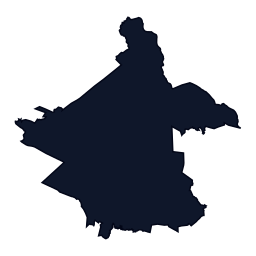 the district of Jala, Nayarit, Mexico
{"feature_id": "50627088B47723743355914", "entity_name": "Jala", "entity_type": "district", "adm_level": 2, "iso_a3": "MEX", "parent_name": "Mexico", "parent_adm1": "Nayarit", "projection": "mercator", "projection_center": [-104.394, 21.203], "detail": "fine", "context": "isolated", "style": "filled", "palette": "ink", "viewbox_px": 256, "rotation_deg": 0, "n_neighbors": 0, "source": "geoboundaries", "source_scale": "gbopen_adm2", "svg_char_len": 5845}
<svg xmlns="http://www.w3.org/2000/svg" viewBox="0 0 256 256"><path d="M108.1,237.5L108.2,237.1L108.6,236.2L108.9,236.1L109.3,234.9L109.2,234.1L109.2,233.3L110.0,233.3L110.2,230.9L109.8,230.6L110.1,230.2L111.0,229.6L112.6,227.7L112.6,227.4L112.4,227.3L112.3,225.8L112.6,224.7L113.2,223.4L113.5,223.5L114.1,225.2L114.2,226.8L114.6,227.1L115.7,226.9L115.4,228.1L116.3,228.1L117.8,228.7L118.1,227.7L118.6,228.0L118.8,228.0L118.9,228.3L119.6,228.1L120.6,228.4L120.7,228.2L119.8,227.9L120.8,228.1L119.9,227.8L120.3,227.1L120.3,225.7L121.8,226.2L121.5,227.3L121.7,227.8L121.1,229.3L121.3,229.3L121.8,227.9L122.1,228.5L122.5,228.8L122.2,229.5L122.4,229.6L122.6,228.9L122.8,229.0L122.6,229.6L125.1,230.1L125.5,230.1L126.7,229.4L127.6,229.5L128.6,230.1L129.7,229.9L129.6,229.5L131.1,229.9L131.4,229.6L131.5,229.2L131.8,228.9L133.3,230.0L132.8,230.6L133.5,231.4L133.4,231.9L134.7,231.6L135.6,231.8L135.8,231.1L137.2,230.9L139.0,229.8L140.7,229.8L141.8,229.9L142.7,231.0L143.1,231.1L143.8,230.9L143.9,230.7L146.9,231.5L147.5,231.8L150.0,232.4L151.5,225.0L157.5,224.1L164.3,225.1L167.4,224.9L167.9,224.6L168.9,226.6L175.4,230.2L176.3,230.5L176.6,230.9L178.0,231.7L177.8,227.0L179.0,226.4L181.5,225.8L187.1,225.2L188.1,224.8L188.4,223.6L189.1,223.6L189.4,224.0L190.1,224.3L190.5,225.0L191.2,225.7L196.2,221.6L197.8,219.8L199.3,218.6L201.2,216.3L203.3,215.4L203.9,215.4L203.9,214.4L203.6,211.3L203.9,210.8L203.6,210.5L203.6,209.9L203.2,208.9L204.1,208.1L205.8,207.4L205.7,206.3L206.2,205.9L204.8,205.1L204.8,205.7L200.7,204.9L198.1,201.5L197.5,200.9L197.4,199.7L196.1,197.9L195.1,197.7L194.3,196.8L193.2,196.7L190.6,190.9L190.1,190.6L190.0,190.1L189.6,190.2L190.6,186.1L191.0,185.3L192.5,185.1L192.8,183.2L192.2,182.7L192.3,180.2L181.7,172.6L183.6,165.1L183.8,162.9L183.5,153.0L172.8,151.7L171.8,126.4L180.5,131.2L181.8,135.2L182.1,134.7L182.5,134.5L182.8,134.2L182.9,133.8L184.2,133.1L184.9,132.3L185.0,129.6L185.3,129.1L185.9,129.2L186.6,129.1L188.2,129.6L190.5,127.9L191.5,127.6L192.0,127.9L192.6,127.1L193.2,127.7L193.6,128.3L194.7,128.1L196.1,129.8L197.6,130.4L198.7,129.9L199.0,130.0L198.0,128.3L200.1,127.3L201.8,129.4L202.9,132.5L202.6,133.2L203.5,133.6L203.5,133.8L204.1,133.4L204.1,133.0L204.3,132.7L204.1,132.6L203.8,131.3L204.2,130.7L204.9,130.2L204.4,128.8L205.3,126.6L205.7,126.3L210.5,127.7L214.1,128.6L218.2,126.9L224.3,124.9L224.2,122.7L228.5,125.1L239.9,128.0L240.6,128.3L239.9,127.6L239.5,127.5L238.6,126.8L237.8,125.9L237.4,125.0L237.2,124.4L237.4,123.1L238.0,121.7L237.7,119.4L237.1,118.6L237.0,117.8L237.3,117.3L237.1,115.7L235.4,112.2L233.6,110.2L229.2,108.1L227.9,107.2L226.5,105.8L225.2,105.1L223.7,103.7L223.4,103.6L222.1,104.0L221.7,104.9L221.1,105.4L220.1,105.2L218.8,104.7L216.1,104.5L214.9,104.0L214.9,103.2L214.4,101.5L213.7,100.0L212.1,98.4L209.1,94.8L205.8,91.7L204.4,91.3L203.6,90.5L201.2,89.2L199.9,88.0L196.3,85.7L192.4,83.8L189.9,82.8L182.0,85.0L173.5,88.6L172.6,88.8L171.9,88.3L171.0,85.0L170.6,84.4L170.0,83.7L168.4,83.1L167.4,82.3L167.0,81.0L166.2,80.0L166.3,79.4L166.0,78.7L165.0,77.8L163.9,75.8L162.8,74.8L162.7,74.2L163.0,73.7L163.1,71.9L162.5,71.1L162.5,70.4L161.2,67.5L161.2,66.5L162.2,65.6L162.6,65.6L162.9,65.7L163.4,65.2L163.4,64.5L162.5,62.6L162.3,61.5L163.0,60.5L163.1,59.7L163.6,58.9L163.2,57.2L163.3,56.6L162.4,54.5L161.5,53.4L160.3,50.4L160.5,49.4L160.2,48.4L158.4,46.8L157.4,45.6L156.9,44.3L156.6,42.5L156.7,38.7L156.9,37.0L156.6,35.6L156.3,34.9L155.6,34.4L154.5,34.0L152.6,32.8L151.8,32.2L151.6,31.9L147.3,31.8L145.4,31.4L144.6,30.8L143.4,29.4L142.9,27.7L142.8,26.1L143.1,23.8L142.4,22.8L142.0,20.4L141.4,19.3L140.5,18.3L138.7,17.6L136.9,18.3L131.9,19.6L130.6,19.5L130.1,19.1L129.6,18.3L128.8,17.5L127.9,17.4L127.9,17.7L127.0,18.5L127.2,18.8L127.1,19.0L127.1,19.4L126.5,20.0L125.2,21.2L124.7,21.0L124.2,21.2L124.1,23.0L123.9,23.3L123.4,23.2L123.0,22.6L122.3,22.5L122.2,22.8L122.3,23.8L122.0,24.0L122.0,25.1L121.2,25.1L120.8,25.5L120.5,26.5L120.4,27.4L120.6,27.9L121.1,28.6L121.0,28.9L119.5,30.2L119.4,30.6L120.4,33.2L120.7,33.9L121.1,34.3L121.2,34.7L121.6,35.0L122.6,34.8L123.4,35.9L124.3,35.9L125.0,36.4L125.5,37.1L125.8,38.1L126.7,39.8L126.7,40.3L126.4,41.0L126.4,42.1L127.5,43.3L128.0,43.0L128.3,44.5L128.0,46.2L128.8,47.2L129.2,48.9L126.6,50.1L123.1,52.8L121.4,52.5L119.7,54.0L118.2,55.7L116.3,56.5L116.7,58.7L116.1,59.5L121.4,64.9L115.7,69.6L103.5,79.4L94.7,86.0L79.9,98.3L77.0,100.2L71.4,103.3L62.5,110.1L62.7,109.6L62.3,108.9L61.8,108.8L61.4,108.0L58.4,107.2L56.2,109.3L54.4,109.5L54.0,110.5L54.3,111.8L52.8,112.4L45.5,109.1L39.6,106.7L35.3,108.8L45.7,112.6L43.1,116.7L46.0,116.8L45.7,117.4L44.6,118.9L44.2,118.8L43.2,119.3L43.0,119.1L41.8,119.5L41.7,119.7L41.2,119.6L40.9,119.8L40.5,119.8L39.8,119.5L39.1,119.5L38.9,119.7L38.5,119.6L38.2,120.0L37.4,119.3L36.2,121.2L34.7,123.1L30.9,121.2L25.7,119.7L22.8,120.3L21.6,121.8L20.9,119.8L20.7,119.7L20.8,119.3L20.0,119.9L19.8,119.6L19.6,119.7L19.3,119.3L18.8,119.1L18.9,119.4L18.7,120.3L18.4,120.5L17.6,121.6L16.4,121.5L15.8,121.2L15.4,121.3L15.5,122.7L15.7,123.2L15.9,123.3L16.0,123.8L20.5,127.4L22.5,128.5L23.9,130.2L24.2,130.8L25.3,131.3L25.4,131.7L25.2,132.9L24.7,133.1L24.3,134.2L23.9,134.4L23.4,135.1L24.1,137.9L23.9,139.5L23.0,140.1L22.8,140.6L21.0,141.2L21.9,142.1L26.2,144.8L28.0,145.5L31.5,146.0L33.2,146.4L34.9,147.0L46.2,153.4L63.1,161.6L64.1,162.5L42.1,182.6L57.7,189.9L59.8,192.0L69.7,195.8L72.0,196.6L72.5,196.6L75.0,197.6L76.7,199.2L77.5,198.9L78.9,199.2L79.4,199.7L79.8,200.9L80.9,202.2L81.6,205.2L81.4,206.3L83.6,209.1L85.6,213.0L87.3,217.3L86.6,226.6L88.3,224.9L89.8,223.9L90.9,224.5L91.2,224.4L92.3,224.6L93.6,225.2L93.8,225.5L94.1,224.9L94.2,223.4L94.2,221.9L95.1,220.2L98.5,222.8L99.4,221.3L102.4,223.1L101.4,223.9L100.4,224.9L100.5,226.0L100.9,226.6L98.6,235.8L101.6,235.2L101.9,235.3L102.5,236.5L103.4,237.2L103.8,237.3L104.1,237.7L105.6,238.6L106.0,238.6L108.1,237.5Z" fill="#0f172a" stroke="#020617" stroke-width="1.5"/></svg>